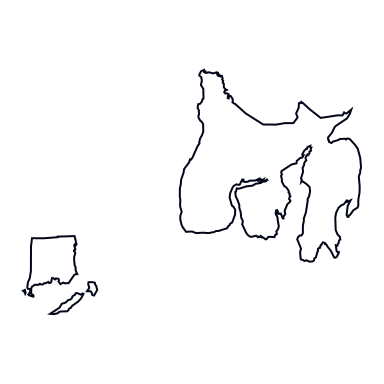 Buton Tengah, Sulawesi Tenggara, Indonesia (Equal Earth projection)
{"feature_id": "22746128B6718763508294", "entity_name": "Buton Tengah", "entity_type": "district", "adm_level": 2, "iso_a3": "IDN", "parent_name": "Indonesia", "parent_adm1": "Sulawesi Tenggara", "projection": "equal_earth", "projection_center": [122.47, -5.333], "detail": "fine", "context": "isolated", "style": "outline", "palette": "ink", "viewbox_px": 384, "rotation_deg": 0, "n_neighbors": 0, "source": "geoboundaries", "source_scale": "gbopen_adm2", "svg_char_len": 5972}
<svg xmlns="http://www.w3.org/2000/svg" viewBox="0 0 384 384"><path d="M203.9,69.9L201.1,71.3L199.3,74.5L199.4,75.6L201.2,77.1L201.7,79.4L201.8,81.0L200.9,85.0L203.3,88.8L203.5,98.5L202.5,99.2L202.0,101.4L200.2,103.7L198.2,104.2L197.6,107.9L198.8,110.1L199.0,114.2L198.3,116.5L198.8,118.2L200.5,121.0L201.4,121.4L202.6,123.1L203.1,124.4L203.3,131.4L202.2,134.8L200.0,138.8L199.2,142.5L199.5,143.5L197.7,145.9L192.3,158.0L190.8,159.8L190.1,159.4L188.9,162.7L184.2,168.9L183.5,172.8L181.1,179.8L180.8,184.2L179.9,188.3L179.8,196.4L180.3,199.7L180.1,206.3L181.7,211.8L180.3,215.9L180.3,219.5L181.6,225.0L183.0,227.7L186.1,231.8L192.0,231.5L196.1,233.1L203.0,232.7L208.6,233.1L214.2,232.0L215.9,231.1L219.1,230.8L227.1,228.2L228.4,226.0L229.6,225.2L230.1,223.8L232.2,222.4L235.0,214.8L235.2,209.7L233.3,206.5L232.3,206.1L231.6,204.7L229.6,197.3L230.3,192.9L232.8,187.1L233.9,185.8L236.3,184.4L239.1,184.9L239.9,184.4L241.2,181.4L242.3,181.3L242.1,179.8L242.5,179.4L243.4,179.6L243.9,181.4L244.8,182.0L248.0,181.7L249.4,180.7L255.3,180.5L257.9,179.3L257.2,180.4L258.2,180.8L258.7,179.8L260.1,179.0L260.6,180.0L261.4,179.5L262.4,180.2L263.3,179.6L262.9,180.4L263.6,180.7L266.1,180.3L266.9,179.5L267.1,179.8L266.7,179.8L266.2,181.2L262.0,182.0L260.5,181.5L259.9,182.2L260.4,183.0L255.7,183.8L252.4,185.7L246.6,186.3L239.0,188.7L236.8,188.4L235.9,191.8L235.3,192.0L235.3,193.1L235.9,196.8L237.4,199.7L239.3,205.0L239.3,207.8L240.8,212.7L241.2,217.7L242.7,220.6L242.7,222.7L242.1,224.1L245.9,232.3L247.5,234.7L249.4,236.3L251.3,236.9L256.2,235.7L258.6,237.8L258.3,237.2L258.6,236.6L260.7,237.0L260.4,236.4L260.7,235.9L261.9,236.8L262.0,237.4L262.8,237.3L265.7,239.4L267.1,238.7L267.8,237.3L269.1,236.8L274.5,237.1L275.0,235.1L276.9,234.0L276.3,231.5L278.1,229.0L278.8,226.2L277.6,219.6L277.7,217.9L276.6,215.5L276.9,213.3L276.6,212.9L276.5,215.5L275.6,213.5L276.1,210.4L277.1,210.1L278.9,213.9L280.8,213.6L282.8,218.4L283.5,218.4L283.2,216.9L285.3,214.1L284.6,211.0L287.3,204.3L290.0,201.8L290.4,200.5L289.1,199.2L289.4,197.7L290.4,196.2L289.6,195.7L289.5,194.4L289.8,193.8L288.5,192.3L288.8,191.3L288.5,190.5L286.3,187.4L284.1,185.9L281.9,181.6L281.9,179.4L281.1,175.9L281.9,174.4L281.2,172.3L281.5,171.1L291.5,164.5L296.5,163.3L296.8,160.9L300.2,158.0L302.3,157.5L303.5,155.4L302.6,155.6L302.3,154.3L304.3,150.7L306.7,148.3L307.0,148.6L307.6,147.0L310.2,145.9L310.0,146.6L310.4,147.3L311.4,147.5L310.7,149.0L311.0,150.2L310.0,150.7L310.6,150.7L310.6,151.2L309.5,151.6L309.5,153.2L308.9,154.4L308.0,154.2L307.7,155.1L307.3,154.8L305.8,156.9L305.5,158.2L306.3,160.3L304.8,161.9L304.1,163.7L304.1,164.9L302.6,167.9L303.1,171.7L301.0,178.4L301.7,179.5L301.3,181.9L301.7,181.4L302.8,181.5L306.8,184.3L309.6,187.0L310.1,191.4L309.0,196.8L308.1,197.8L307.6,199.5L307.7,200.9L305.9,212.5L303.8,218.6L303.9,220.7L302.9,225.6L302.9,233.2L301.5,235.5L300.0,235.4L298.1,237.0L297.2,239.2L301.0,248.6L300.1,252.2L300.7,259.0L301.1,259.6L302.8,259.9L304.4,261.0L306.6,260.3L309.3,261.6L312.2,261.6L313.4,261.0L314.0,260.3L314.3,258.5L315.9,257.3L317.4,251.9L317.9,251.2L317.9,249.0L319.0,247.9L319.5,248.0L319.6,248.7L320.5,245.6L321.2,244.6L321.5,244.8L322.8,242.4L324.8,242.9L325.0,244.0L325.6,243.8L326.7,245.0L326.7,245.5L330.9,250.9L334.2,257.5L335.3,257.7L336.6,257.0L338.8,253.0L338.8,252.0L337.6,252.2L336.5,250.8L335.8,245.2L337.4,245.7L337.7,244.1L338.6,243.3L338.7,241.8L339.4,240.1L340.1,239.7L340.4,240.3L339.9,236.9L337.3,234.1L335.7,229.9L335.3,217.7L336.1,212.8L338.6,207.7L341.5,205.2L343.8,204.3L346.8,200.4L347.6,200.8L347.5,201.7L350.6,200.3L347.7,205.8L346.6,214.9L347.5,216.9L348.5,216.9L348.9,215.5L350.2,214.7L353.5,210.1L357.6,207.6L358.3,205.6L358.3,199.7L359.5,192.8L359.7,186.6L358.8,176.4L360.2,172.8L360.3,169.7L361.0,168.2L360.8,164.4L360.2,157.8L357.7,148.6L355.2,145.0L350.1,139.4L349.1,138.7L346.8,138.6L346.0,139.5L344.7,138.7L339.5,139.1L338.5,140.0L332.9,141.6L331.5,143.0L329.0,141.9L328.8,140.0L328.2,139.8L328.0,137.5L331.7,133.1L334.7,127.1L335.8,125.9L347.0,118.4L349.8,113.9L351.3,109.5L346.9,113.2L345.6,113.5L344.1,112.4L342.5,115.4L338.0,115.3L320.7,117.9L309.6,109.2L302.7,102.8L301.3,103.1L301.2,102.0L298.9,103.3L298.7,107.8L296.1,113.4L297.6,117.4L293.4,123.1L285.1,123.1L276.1,124.6L263.2,124.5L245.7,113.4L235.1,103.9L233.8,103.4L232.4,102.1L232.9,100.7L232.5,98.7L230.6,96.0L229.0,96.1L228.6,98.4L227.7,98.1L227.9,96.0L228.7,94.3L226.7,93.3L225.3,93.5L224.2,92.1L224.7,91.0L226.7,89.9L225.1,89.0L223.9,87.4L223.8,83.7L222.7,82.7L223.2,80.6L222.1,79.6L222.6,78.3L221.9,75.9L220.7,76.5L219.3,74.6L218.8,74.7L218.7,76.0L218.2,75.9L217.4,74.8L218.1,74.4L218.0,72.9L216.9,73.3L216.5,72.3L213.3,73.4L208.8,72.3L206.3,72.9L205.7,71.8L205.2,72.6L204.1,72.1L203.9,69.9ZM27.9,282.4L27.3,287.7L28.0,288.9L30.0,289.1L30.4,289.9L29.9,292.4L28.3,294.5L28.8,295.1L32.8,296.6L33.5,296.5L33.4,295.3L31.7,294.3L31.1,292.6L31.3,288.2L31.9,286.8L34.7,284.8L38.7,284.8L39.7,283.8L41.1,284.5L43.2,284.3L44.3,283.1L45.6,283.2L48.3,281.9L49.2,283.1L49.8,283.0L51.1,282.3L52.0,278.1L53.2,278.1L54.9,279.4L55.5,279.4L56.0,278.4L57.9,278.6L58.7,279.2L58.9,280.7L58.5,281.5L60.4,284.1L63.3,282.6L64.7,283.3L68.6,283.1L74.2,275.0L75.6,274.1L77.2,274.1L75.6,270.2L75.7,267.7L74.7,265.4L74.1,259.5L74.2,256.7L75.3,253.4L74.8,251.4L74.0,251.1L74.0,250.5L75.3,249.3L74.2,245.3L74.8,244.4L75.8,245.3L76.5,244.4L74.6,236.1L57.7,236.6L57.7,237.2L43.4,238.3L32.0,238.2L31.0,246.4L30.9,271.3L29.7,278.4L27.9,282.4ZM80.7,294.6L77.3,293.1L75.6,293.3L75.0,294.8L72.6,296.2L71.7,298.4L70.4,299.5L68.0,300.2L65.6,302.6L61.7,303.8L59.5,307.7L50.1,313.8L54.0,314.1L57.9,313.2L58.6,312.2L60.5,311.5L67.2,311.3L68.3,310.4L69.2,308.6L70.7,307.9L72.2,305.8L78.1,301.6L81.0,298.5L83.5,293.9L82.5,293.5L80.7,294.6ZM92.2,282.1L88.5,282.2L88.2,284.2L89.3,287.9L87.0,291.2L90.5,291.2L91.6,292.5L92.3,295.0L94.1,295.5L97.2,290.0L96.2,285.9L95.1,284.4L94.8,282.7L92.2,282.1ZM24.9,289.9L23.0,290.8L24.4,291.9L25.2,293.7L25.6,292.6L24.9,289.9Z" fill="none" stroke="#020617" stroke-width="2"/></svg>